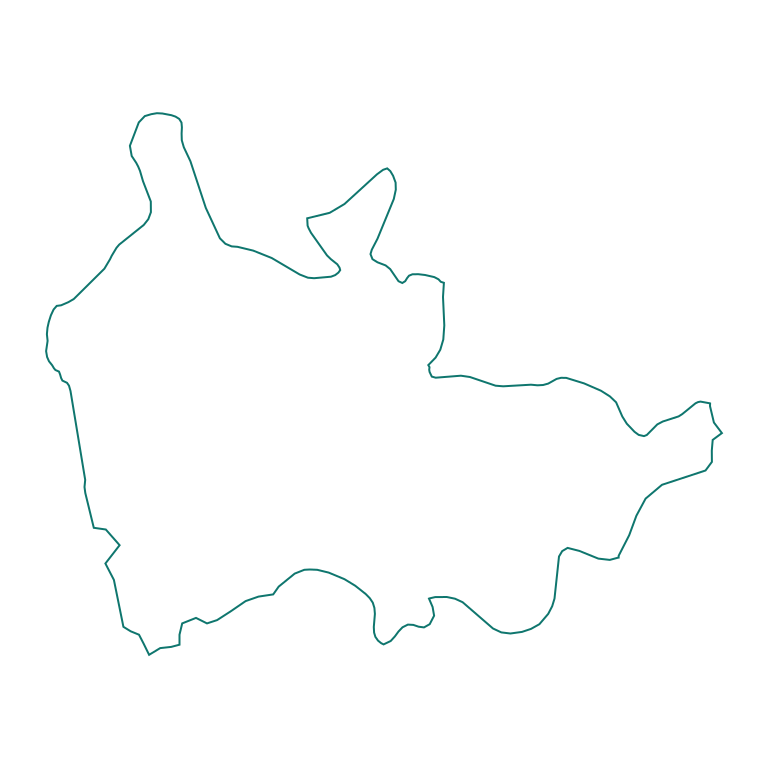 the District of Thaba-Tseka
{"feature_id": "LSO-1215", "entity_name": "Thaba-Tseka", "entity_type": "District", "adm_level": 1, "iso_a3": "LSO", "parent_name": "Lesotho", "parent_adm1": "", "projection": "natural_earth1", "projection_center": [28.641, -29.5], "detail": "fine", "context": "isolated", "style": "outline", "palette": "teal", "viewbox_px": 768, "rotation_deg": 0, "n_neighbors": 0, "source": "natural_earth", "source_scale": "10m", "svg_char_len": 2932}
<svg xmlns="http://www.w3.org/2000/svg" viewBox="0 0 768 768"><path d="M710.1,403.4L710.0,406.1L713.9,422.5L721.9,433.1L712.7,439.9L711.8,450.6L711.9,461.9L705.5,470.5L662.0,484.8L645.6,498.6L636.4,515.7L629.2,535.2L618.7,555.7L618.6,557.6L618.3,557.6L609.8,559.9L598.3,558.6L579.3,550.9L567.6,547.9L562.2,551.1L559.0,556.5L554.5,598.6L552.2,606.2L548.2,613.9L539.4,624.2L531.0,628.9L522.0,631.9L510.4,633.5L501.3,632.4L493.0,628.5L462.6,602.2L455.0,598.7L446.8,597.0L435.1,597.1L429.9,598.3L429.0,598.6L432.6,607.0L434.1,615.7L429.7,624.2L424.0,627.4L418.6,626.7L413.3,624.9L407.9,624.6L402.5,627.3L398.5,631.5L394.9,636.4L390.7,641.0L383.6,644.4L381.2,643.2L378.0,640.6L375.4,636.9L374.1,632.6L373.8,627.0L374.9,613.9L374.4,607.9L372.8,602.7L369.8,598.2L365.8,594.1L355.3,585.8L344.5,579.2L328.7,572.6L317.2,569.8L309.8,569.5L304.3,569.8L294.7,573.6L278.7,586.6L273.2,594.4L258.5,596.6L245.6,601.1L230.9,611.2L217.1,620.1L207.0,623.4L196.0,617.9L182.2,623.4L179.5,634.7L179.5,644.7L171.2,646.9L160.2,648.1L149.1,654.8L143.6,643.6L139.0,634.7L130.7,631.3L123.4,626.8L122.4,621.8L113.9,579.9L105.4,563.5L119.6,545.2L105.8,529.5L93.8,527.8L85.3,493.0L84.5,487.0L85.2,479.9L70.5,391.0L69.0,385.7L67.0,382.8L62.4,380.6L61.1,378.0L60.1,374.5L59.0,371.6L55.4,370.0L53.9,368.2L52.2,365.3L49.0,361.3L47.1,357.0L46.1,351.1L47.6,340.9L46.9,334.2L47.5,327.7L48.8,321.9L50.9,315.3L53.6,309.5L56.7,305.9L61.1,305.3L68.3,302.2L73.8,299.0L104.4,268.7L110.0,259.3L111.7,255.8L116.5,247.8L119.2,244.6L143.8,224.9L148.3,219.2L150.9,212.2L150.8,201.5L143.0,181.2L140.0,170.9L138.2,166.6L136.2,162.8L131.7,156.0L129.9,145.8L138.8,122.4L144.8,116.1L151.2,114.2L156.9,113.2L162.4,113.5L171.4,115.2L175.5,116.6L179.2,118.9L181.5,122.6L181.9,127.4L181.6,133.6L181.8,140.3L183.8,147.2L190.4,161.2L205.8,207.9L219.9,238.3L225.4,243.8L231.7,246.4L237.4,246.8L253.2,250.6L271.7,258.0L299.7,274.5L307.9,277.7L314.1,278.2L331.0,276.7L335.2,275.1L338.4,272.6L340.2,270.1L339.5,267.6L337.3,264.3L330.9,259.2L327.0,255.4L311.0,232.8L308.6,228.2L307.6,225.7L307.2,218.3L329.7,212.8L344.5,204.0L377.0,174.3L383.1,169.8L387.2,168.4L390.3,171.1L393.1,175.8L395.6,182.6L395.8,189.7L393.8,199.0L377.5,238.7L371.8,249.7L370.5,254.1L372.5,259.2L377.5,262.3L385.6,265.4L390.2,269.1L398.5,281.2L402.3,283.0L405.2,281.2L407.1,278.1L409.0,275.7L412.4,274.3L418.3,274.2L425.1,275.0L434.3,277.1L438.5,279.3L440.8,281.8L443.9,282.8L443.0,297.0L444.3,325.4L443.3,339.5L440.3,349.7L435.6,357.6L428.3,365.1L429.5,367.2L429.2,369.7L429.6,372.0L431.8,376.6L435.7,377.7L460.9,375.7L469.9,377.0L495.6,385.7L503.2,386.3L531.0,384.7L537.5,385.3L543.1,385.0L548.2,383.6L556.6,378.9L561.1,377.8L566.3,377.9L584.1,383.4L600.9,390.7L609.9,396.4L616.1,402.3L622.3,416.5L626.8,423.7L634.5,431.8L638.7,434.9L644.0,436.1L646.8,435.0L657.3,424.4L662.8,421.5L678.6,416.4L682.1,414.2L695.5,403.3L698.0,402.1L700.5,401.6L709.8,403.3L710.1,403.4Z" fill="none" stroke="#0f766e" stroke-width="2"/></svg>